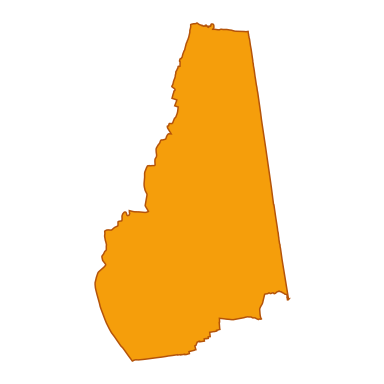 Hua Sai, Nakhon Si Thammarat, Thailand
{"feature_id": "78962969B3746185944744", "entity_name": "Hua Sai", "entity_type": "district", "adm_level": 2, "iso_a3": "THA", "parent_name": "Thailand", "parent_adm1": "Nakhon Si Thammarat", "projection": "robinson", "projection_center": [100.249, 8.028], "detail": "fine", "context": "isolated", "style": "filled", "palette": "amber", "viewbox_px": 384, "rotation_deg": 0, "n_neighbors": 0, "source": "geoboundaries", "source_scale": "gbopen_adm2", "svg_char_len": 5863}
<svg xmlns="http://www.w3.org/2000/svg" viewBox="0 0 384 384"><path d="M132.3,361.0L132.5,360.9L132.9,360.9L133.7,360.3L135.6,359.8L138.4,359.9L142.7,359.5L146.9,359.0L156.6,357.7L161.6,357.1L166.2,356.4L168.1,356.0L173.0,355.4L177.3,354.7L177.4,355.0L180.9,354.6L180.9,354.9L184.6,354.2L184.6,354.6L185.9,354.6L189.4,353.6L189.0,351.6L194.2,350.3L194.4,350.2L194.5,350.0L195.9,349.7L194.8,345.9L195.9,345.4L196.7,343.4L197.2,342.1L198.6,341.6L198.8,341.3L199.6,341.2L199.7,341.8L199.8,341.8L204.4,341.1L204.2,338.9L205.9,338.5L206.0,338.8L208.3,338.4L208.2,336.9L210.2,336.6L209.7,332.3L213.6,331.6L214.1,331.6L214.4,331.6L216.8,331.0L216.9,330.8L216.7,330.3L218.6,329.8L219.0,329.6L219.9,329.4L219.7,328.4L219.2,322.2L219.3,322.1L219.6,322.0L219.4,318.3L224.2,318.8L226.1,319.1L229.7,319.4L231.0,319.6L233.2,319.7L243.9,317.7L245.5,317.2L247.6,316.8L249.1,317.0L251.0,317.0L251.5,317.2L252.5,317.8L253.0,317.9L253.9,317.8L255.0,317.9L255.7,318.2L256.3,318.6L258.3,319.5L258.6,319.5L259.1,319.1L259.5,319.0L260.2,319.1L260.8,319.2L261.0,319.2L261.4,318.9L260.9,318.1L260.3,316.2L260.0,314.0L259.7,309.9L259.7,308.9L259.9,308.3L260.6,306.7L262.2,303.9L262.6,302.9L264.6,294.5L264.8,294.2L265.4,294.0L267.6,293.7L268.0,293.5L268.7,293.0L269.1,292.9L269.6,293.1L270.1,293.5L270.6,293.6L271.0,293.5L271.6,293.2L273.0,292.8L273.4,292.9L274.0,293.6L274.3,293.7L275.4,293.3L276.1,292.7L277.3,291.7L278.2,291.6L278.9,291.1L279.2,291.1L280.1,291.7L281.3,291.8L282.3,292.6L283.9,293.3L284.8,294.1L286.2,294.4L286.7,294.7L286.9,295.0L287.1,295.6L287.2,296.0L287.0,296.8L287.0,297.2L287.0,297.7L287.4,298.7L287.4,299.8L287.7,299.9L288.4,299.7L288.6,299.5L288.9,299.1L288.6,299.2L288.4,297.6L288.2,297.1L282.1,259.9L280.5,248.5L280.1,246.6L280.0,244.8L279.5,243.4L279.3,241.9L278.9,239.4L278.8,237.9L278.5,236.1L278.2,233.0L277.7,230.9L277.4,228.2L275.8,217.9L273.9,204.8L273.6,204.7L273.4,203.3L271.4,187.8L270.0,177.9L265.6,147.3L262.2,124.7L261.4,119.2L260.6,112.9L257.8,93.1L257.5,91.5L257.2,90.0L256.9,87.5L256.3,84.6L255.4,78.5L255.1,76.9L254.3,70.9L253.9,68.3L253.4,65.7L253.3,64.1L252.8,61.7L252.8,60.7L251.2,49.7L250.4,45.3L249.5,39.1L249.0,37.4L248.9,36.2L248.6,35.5L248.6,34.5L248.2,32.8L248.2,31.9L248.1,31.4L246.1,31.7L244.0,31.5L235.1,31.2L233.5,30.8L231.5,30.2L229.8,30.0L226.9,29.5L223.2,29.5L221.1,29.2L220.6,29.3L219.4,29.8L218.3,29.8L216.9,29.6L214.7,29.3L212.8,29.3L213.1,28.7L213.8,27.8L213.9,27.4L213.9,27.0L213.8,25.5L213.6,24.8L213.4,24.5L213.1,24.2L212.6,24.0L211.4,24.0L211.2,24.6L210.8,24.9L210.9,25.7L210.5,26.3L210.3,26.3L209.9,26.0L209.7,26.2L209.3,26.3L208.8,27.1L208.6,27.2L208.5,26.8L208.2,26.4L207.9,26.8L207.6,26.9L207.3,26.1L207.0,25.9L206.9,25.9L206.3,26.1L206.1,26.1L206.0,25.8L206.2,25.5L206.2,25.3L205.8,25.4L205.7,25.2L205.4,25.2L205.2,25.6L204.8,25.8L204.8,26.0L204.5,26.0L204.3,26.2L203.8,26.3L203.5,26.0L203.4,25.9L203.1,26.0L202.8,25.9L202.5,25.8L202.2,25.4L201.8,25.6L201.5,25.2L201.0,25.2L198.6,24.2L197.5,23.2L196.9,23.0L196.7,23.1L196.3,23.4L195.8,23.6L193.3,23.8L191.2,24.3L190.7,24.6L190.7,24.9L190.7,26.9L190.4,28.4L189.9,30.2L189.8,32.5L189.3,34.7L188.9,36.4L188.8,36.9L188.7,37.3L188.2,38.5L188.1,39.3L187.5,40.3L187.2,41.2L187.1,41.7L186.9,42.0L186.3,43.4L186.2,43.7L185.0,48.4L184.7,49.9L184.1,50.8L182.8,54.2L182.6,55.1L182.0,57.4L181.7,57.6L181.1,58.6L180.3,58.6L179.7,60.0L179.5,61.0L179.6,61.3L179.9,61.3L180.0,61.5L180.1,62.0L180.0,66.3L179.8,66.4L178.3,66.3L178.2,66.4L178.0,67.0L177.8,68.3L177.3,68.9L176.8,70.2L176.0,71.5L175.8,72.1L175.8,72.8L175.8,73.4L175.3,75.2L175.3,76.2L174.9,77.7L174.6,78.6L174.4,79.0L173.5,81.5L173.4,82.2L172.8,84.5L171.8,86.3L172.0,86.8L173.4,87.9L174.2,88.4L174.9,89.2L175.0,89.6L174.9,90.3L174.8,90.5L173.9,91.1L173.8,92.1L173.1,94.1L172.0,98.3L176.8,99.9L176.4,101.4L174.7,105.8L178.2,107.0L178.0,108.6L177.6,111.8L177.2,113.4L175.9,116.9L175.2,117.8L174.7,118.1L174.5,118.3L173.2,121.5L172.8,122.7L171.9,123.6L169.4,123.5L169.2,123.7L169.0,124.1L168.8,124.9L168.6,125.8L168.4,125.9L167.4,126.1L167.3,126.3L167.4,127.3L167.6,128.0L171.2,133.9L168.6,133.8L168.0,134.2L167.4,135.0L166.6,136.4L165.8,138.9L165.4,139.2L162.9,139.9L161.2,140.0L160.7,140.5L160.3,141.2L160.0,142.3L159.7,143.0L159.1,143.8L158.2,144.9L156.5,147.8L156.1,149.0L156.1,149.9L156.2,152.1L156.6,154.8L156.6,155.7L156.3,157.1L155.2,158.8L155.0,159.5L154.9,161.3L155.1,164.8L154.9,165.2L154.6,165.5L154.0,165.6L152.3,165.6L150.3,165.8L149.7,165.8L149.3,165.6L148.7,165.7L148.3,165.8L147.5,165.9L146.6,167.5L144.8,172.1L144.6,173.4L144.6,177.3L144.4,179.8L144.1,183.3L144.1,185.2L144.3,186.9L145.0,189.9L145.2,190.5L145.8,191.8L146.8,193.7L147.0,194.6L147.0,195.0L145.2,205.3L145.2,205.7L145.5,206.4L147.9,210.4L148.4,211.5L146.1,212.4L144.5,212.4L139.0,211.9L134.6,211.8L132.9,211.5L129.3,210.6L129.4,212.4L129.7,213.5L129.4,214.4L129.3,214.8L129.2,215.0L128.3,215.5L127.8,215.7L127.5,215.6L127.3,215.5L126.9,215.1L126.4,213.3L126.0,212.4L125.8,212.2L125.3,212.0L125.0,212.0L124.5,212.1L124.0,212.4L122.7,214.0L122.0,216.0L122.0,216.7L122.1,219.0L121.9,220.4L121.8,220.7L121.5,220.9L118.9,221.3L118.3,221.6L118.0,221.9L118.0,222.7L118.0,225.1L117.9,225.5L117.7,226.0L114.5,227.5L111.6,230.0L110.8,230.1L108.5,229.9L106.8,230.0L106.1,230.3L104.9,231.0L104.7,231.2L104.9,233.5L104.6,236.1L105.3,240.2L106.0,242.6L106.5,244.9L106.3,245.9L106.3,247.2L106.3,249.7L106.2,250.0L105.8,250.6L105.0,251.2L104.7,251.6L103.5,254.1L102.1,255.9L101.9,256.5L102.0,257.5L102.5,259.8L102.7,260.5L103.0,260.9L105.4,264.0L105.6,264.3L105.6,264.8L105.6,265.1L105.3,265.6L104.1,267.0L100.8,269.9L98.9,271.6L98.5,272.0L97.9,272.9L97.2,274.9L96.4,277.3L95.1,282.7L95.1,284.6L95.4,287.8L95.9,290.1L97.0,294.5L99.4,303.1L100.2,306.6L101.1,309.2L104.9,319.3L106.4,323.0L109.3,328.8L111.4,332.6L114.7,337.0L117.0,340.4L120.9,346.0L122.7,347.8L124.4,350.1L128.3,355.6L132.3,361.0Z" fill="#f59e0b" stroke="#b45309" stroke-width="1.5"/></svg>